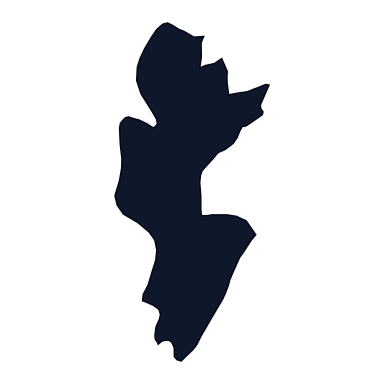 the district of Al-Adhamiya, Diyala, Iraq
{"feature_id": "34846034B20026231535079", "entity_name": "Al-Adhamiya", "entity_type": "district", "adm_level": 2, "iso_a3": "IRQ", "parent_name": "Iraq", "parent_adm1": "Diyala", "projection": "equal_earth", "projection_center": [44.388, 33.48], "detail": "fine", "context": "isolated", "style": "filled", "palette": "ink", "viewbox_px": 384, "rotation_deg": 0, "n_neighbors": 0, "source": "geoboundaries", "source_scale": "gbopen_adm2", "svg_char_len": 1728}
<svg xmlns="http://www.w3.org/2000/svg" viewBox="0 0 384 384"><path d="M203.7,36.5L193.9,37.2L184.5,31.7L178.5,29.2L172.1,25.2L167.5,23.0L163.5,24.0L162.7,24.3L157.0,29.2L152.1,36.3L144.8,48.5L140.1,58.5L137.4,67.1L136.7,80.5L141.1,93.9L148.8,106.1L151.3,110.0L156.5,119.0L157.5,123.5L155.7,126.3L153.2,128.0L146.9,123.8L138.9,120.0L133.5,118.6L128.3,116.9L124.9,118.1L120.5,123.1L119.6,128.1L120.3,144.2L122.0,159.1L121.7,168.1L119.6,180.4L116.4,191.0L115.0,195.7L117.2,205.1L123.4,214.0L138.1,222.7L149.3,232.2L154.8,239.9L156.8,249.8L155.9,259.8L152.2,271.7L148.1,285.3L147.9,285.6L143.3,294.4L142.6,300.7L146.7,302.3L153.8,305.5L159.0,309.5L160.5,314.5L159.5,319.1L156.1,326.8L155.0,335.0L155.4,339.5L157.3,341.9L158.2,344.2L161.1,341.7L162.5,340.9L165.6,340.2L168.7,340.2L171.6,342.0L174.2,347.4L174.3,350.1L174.4,356.6L177.0,359.7L181.2,361.0L185.5,356.6L192.5,350.1L196.7,344.7L200.6,336.8L201.0,336.0L212.7,315.9L222.5,299.4L225.4,293.1L228.3,285.3L229.7,279.9L230.9,277.1L233.7,270.6L239.6,257.4L243.9,251.4L250.9,240.6L255.7,234.7L246.2,220.9L238.3,217.3L236.6,216.4L226.9,214.9L220.1,214.9L211.6,214.9L207.6,215.7L201.4,215.7L200.8,209.6L200.8,202.9L200.8,196.8L200.2,188.5L199.7,182.5L200.5,174.9L201.3,172.9L202.2,170.4L212.8,158.8L218.0,152.6L225.2,149.4L230.2,145.6L233.2,143.3L236.0,139.1L237.1,137.5L239.4,131.7L240.1,130.4L242.1,126.5L246.0,125.9L250.1,123.2L257.3,118.2L262.3,114.7L263.0,111.9L260.7,108.6L260.3,104.9L269.0,85.1L265.8,84.5L247.2,91.8L238.1,93.1L232.7,94.1L228.6,94.9L227.1,83.0L226.9,77.1L227.2,71.4L221.7,58.6L218.2,61.0L214.6,63.5L209.8,64.6L205.2,65.6L199.7,68.0L201.3,57.1L201.3,53.7L201.1,47.1L201.1,43.4L201.1,42.5L203.7,36.5Z" fill="#0f172a" stroke="#020617" stroke-width="1.5"/></svg>